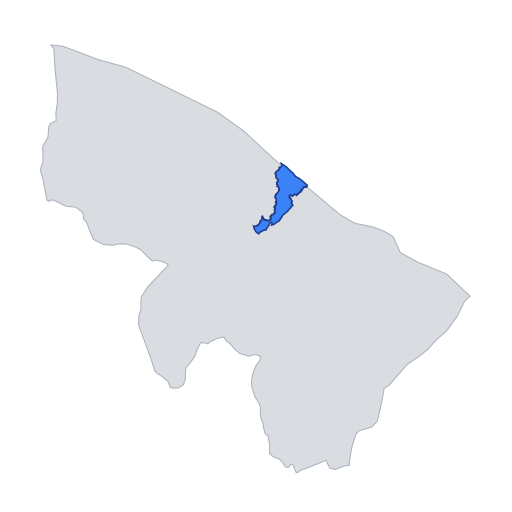 location of District #4, Grand Bassa, Liberia, rotated 178°
{"feature_id": "62588387B61310853787803", "entity_name": "District #4", "entity_type": "district", "adm_level": 2, "iso_a3": "LBR", "parent_name": "Liberia", "parent_adm1": "Grand Bassa", "projection": "mercator", "projection_center": [-9.694, 5.903], "detail": "fine", "context": "in_parent", "style": "filled", "palette": "blue", "viewbox_px": 512, "rotation_deg": 178, "n_neighbors": 0, "source": "geoboundaries", "source_scale": "gbopen_adm2", "svg_char_len": 7392}
<svg xmlns="http://www.w3.org/2000/svg" viewBox="0 0 512 512"><g transform="rotate(178 256 256)"><path d="M43.5,208.3L49.0,203.7L57.0,188.7L68.3,174.3L78.8,165.8L87.2,157.0L96.0,150.3L108.6,142.4L128.0,121.7L132.5,119.4L135.6,105.0L140.4,86.8L146.0,81.1L159.2,77.7L162.3,74.6L166.9,61.7L169.9,46.7L170.2,43.5L175.4,43.1L184.2,39.9L189.4,41.3L191.6,45.6L192.8,49.3L219.7,39.9L222.0,38.0L223.5,38.3L226.8,46.8L228.8,46.2L230.4,43.8L232.2,43.6L234.3,44.7L236.4,48.6L239.8,52.2L245.6,54.6L249.3,58.0L248.9,67.0L250.3,75.8L252.9,77.8L254.2,83.0L254.9,88.8L256.3,91.8L257.3,97.6L256.8,103.8L257.8,108.1L262.1,115.7L264.7,125.2L264.8,131.9L263.2,138.9L260.4,145.4L255.4,152.4L255.0,155.2L257.9,157.0L262.4,157.4L266.2,156.0L275.7,159.2L280.7,163.8L285.1,169.5L289.0,172.4L290.8,176.1L297.5,175.1L305.4,171.6L307.0,169.9L309.3,170.8L314.4,171.2L317.9,164.9L320.7,157.7L326.8,149.9L329.8,146.9L330.6,141.9L330.9,135.4L333.1,129.8L338.1,126.8L343.6,126.8L346.5,127.9L348.0,133.4L352.4,137.5L356.1,140.3L358.1,141.5L361.2,144.7L364.1,155.6L375.7,190.9L375.1,200.6L372.8,206.9L372.8,213.1L372.0,219.3L364.9,229.3L344.0,249.9L345.6,251.7L350.6,254.0L355.7,255.2L359.9,254.6L365.1,259.7L370.7,266.2L376.7,269.5L385.3,272.5L392.9,272.8L399.3,271.7L408.3,272.9L417.9,278.3L421.4,287.1L423.7,294.8L427.0,298.7L427.5,305.3L434.3,311.1L444.1,312.3L456.7,319.1L459.9,318.8L461.3,317.9L462.9,319.2L466.0,339.0L468.5,349.4L467.2,353.7L465.5,357.0L465.4,372.9L459.7,382.1L458.7,392.1L457.1,395.4L451.0,398.3L451.0,406.0L449.3,415.3L448.7,425.2L450.4,451.1L450.7,470.4L453.5,474.0L441.6,472.4L406.6,457.7L379.6,449.2L289.3,401.0L264.2,381.6L235.2,352.8L170.9,294.6L156.2,285.3L137.7,280.8L126.3,275.8L118.2,270.4L111.6,254.3L95.5,244.7L65.8,231.1L43.5,208.3Z" fill="#d9dde1" stroke="#a8b0b8" stroke-width="1"/><path d="M221.5,301.3L219.6,302.9L219.8,303.1L219.8,303.5L219.5,303.8L218.8,304.2L217.8,304.8L217.5,305.1L217.4,305.4L217.4,305.6L217.9,306.4L218.2,307.3L218.5,307.2L218.9,307.3L218.9,307.6L218.6,308.4L218.6,308.6L218.5,309.0L218.0,309.1L217.8,309.5L219.0,311.0L218.9,311.7L218.9,312.0L219.1,312.2L219.3,312.4L219.5,312.4L219.9,312.2L220.0,312.3L220.0,312.7L220.0,312.9L220.6,313.0L220.8,313.2L220.7,313.6L220.3,313.8L220.2,314.2L220.3,314.4L220.6,314.8L220.6,315.3L220.3,315.6L219.2,315.9L218.9,315.5L218.9,315.1L218.7,314.9L218.2,315.0L217.3,314.7L217.2,314.5L216.7,314.9L216.7,315.3L215.9,315.8L215.7,315.9L215.4,316.2L215.1,316.4L214.8,316.0L214.0,316.0L213.8,316.1L213.6,315.9L213.5,315.2L213.0,315.6L212.9,315.5L212.7,315.6L212.1,316.1L212.0,316.4L211.2,316.8L210.8,317.1L210.8,317.4L211.0,317.5L211.3,317.5L211.0,317.8L210.8,318.0L210.5,318.2L210.1,318.1L209.8,318.3L209.6,318.4L209.1,318.3L208.8,318.7L209.1,319.2L209.0,319.4L208.8,319.5L208.6,319.5L208.6,320.4L207.9,320.0L207.6,320.0L207.6,320.5L207.4,321.0L207.1,321.2L207.1,321.4L207.1,321.5L206.6,321.8L206.6,322.1L206.6,322.3L206.4,322.2L206.2,322.3L206.0,322.9L205.8,322.8L205.6,322.8L205.5,323.1L205.4,323.3L205.1,323.0L204.9,323.1L205.0,323.3L204.9,323.4L204.5,323.5L204.3,323.1L204.1,323.1L204.1,323.3L203.9,323.3L203.8,323.1L203.6,323.0L203.4,323.0L203.5,323.4L203.3,323.6L203.0,323.4L202.6,323.7L202.4,324.1L202.4,324.4L202.5,324.6L202.3,325.0L203.8,326.3L205.7,328.2L206.8,329.3L208.0,330.1L209.3,331.4L210.4,332.2L212.4,333.3L214.0,334.4L214.5,335.4L215.4,336.3L216.3,337.7L217.0,338.4L217.7,338.9L219.3,340.6L220.2,341.4L222.1,343.6L222.9,344.2L224.5,345.5L225.5,346.1L227.6,347.6L227.5,347.0L227.2,346.4L227.1,345.9L227.2,345.5L227.1,344.8L227.1,344.6L227.9,344.2L229.7,343.8L229.6,343.4L229.8,343.2L229.2,342.9L229.2,342.7L229.7,341.7L230.1,341.5L230.4,341.5L231.1,341.1L231.1,340.9L231.3,340.5L232.0,340.4L232.3,340.2L232.7,339.5L233.0,339.4L233.1,338.8L233.5,338.6L233.8,338.6L234.0,337.9L233.9,337.2L233.7,337.1L233.2,337.1L233.1,336.9L233.3,336.3L233.5,336.3L233.5,336.1L233.3,335.5L233.2,335.1L233.3,334.9L233.5,334.4L233.2,333.8L233.2,333.2L232.8,333.1L232.3,332.7L232.3,332.3L232.1,332.2L231.8,332.2L231.3,331.6L231.2,331.4L231.3,331.1L231.2,331.1L231.2,330.7L231.1,330.3L231.5,329.8L232.2,329.3L232.5,329.2L232.7,328.9L232.4,328.8L232.7,328.6L232.8,326.7L232.6,326.4L232.1,326.4L231.8,326.1L231.8,325.7L231.9,325.2L231.8,324.7L232.1,324.6L231.1,324.2L230.7,323.6L230.7,323.0L230.5,322.9L231.1,321.8L230.9,321.6L230.6,321.5L230.6,321.3L230.5,321.2L231.0,321.0L231.1,320.7L231.1,320.4L231.0,320.2L231.2,319.7L231.5,319.5L231.9,319.1L232.3,318.7L232.6,318.2L232.7,317.9L232.7,317.6L232.8,317.4L233.5,317.1L233.6,317.4L233.9,317.3L234.0,317.1L234.2,316.9L234.3,316.7L234.1,315.2L234.4,314.9L234.6,314.9L234.8,315.2L235.2,314.1L234.8,313.6L234.5,313.1L234.2,313.1L233.8,312.7L233.9,311.3L233.8,310.8L233.6,309.6L233.9,308.8L234.0,309.0L234.2,309.5L234.3,309.6L234.6,309.5L234.7,309.2L234.7,308.8L234.3,308.4L234.0,308.0L233.7,307.6L233.9,307.4L233.9,307.1L233.6,307.0L233.7,306.8L233.9,306.7L234.2,306.7L234.5,306.5L234.7,306.1L234.7,305.6L234.8,305.5L234.9,306.0L235.0,306.1L235.3,305.8L235.4,305.4L235.4,305.1L234.9,304.8L234.9,304.7L235.0,304.6L235.4,304.6L235.7,304.7L235.8,304.6L235.8,304.3L235.1,303.8L235.0,303.5L235.0,303.2L235.4,303.0L235.7,303.2L235.5,302.8L235.5,302.5L235.3,302.1L235.3,301.9L235.6,301.9L236.1,301.3L235.8,300.0L235.3,299.2L235.5,298.5L236.2,298.6L236.4,298.0L236.6,298.0L236.8,297.9L236.7,297.7L236.8,297.7L236.9,297.0L237.8,296.8L238.6,296.9L238.6,296.7L238.4,296.4L238.6,296.3L239.2,296.2L239.4,295.9L239.6,295.9L239.7,295.7L239.8,295.2L240.0,295.1L240.3,295.3L240.6,294.9L240.5,294.7L240.2,294.5L239.8,294.5L239.5,294.2L239.5,293.9L240.1,293.7L240.0,293.1L239.9,292.7L239.6,292.4L240.4,291.8L240.8,291.7L241.1,292.0L241.2,291.9L241.4,291.6L241.4,291.4L241.9,291.3L242.1,290.9L242.3,290.7L242.5,290.8L242.7,290.5L242.8,290.6L242.8,290.8L243.3,290.9L243.5,291.1L243.7,291.4L243.9,291.4L244.4,291.8L244.6,291.7L244.8,291.8L244.8,291.6L245.0,291.5L245.2,291.8L245.6,292.0L245.8,292.0L246.2,291.8L246.4,291.8L246.4,292.1L246.7,292.7L246.9,292.5L247.0,292.3L247.2,292.7L247.4,292.9L247.2,292.9L246.9,293.1L247.0,293.5L247.4,293.9L247.4,294.1L247.7,294.6L248.0,294.9L248.1,295.2L248.3,295.4L248.3,295.5L248.5,295.4L248.8,294.7L248.7,294.2L248.9,293.8L248.9,293.2L248.8,292.8L249.1,292.3L249.3,292.0L249.5,291.9L249.6,291.6L249.8,291.5L250.2,291.4L250.4,291.0L250.5,290.9L250.1,290.5L250.1,290.3L250.4,290.1L250.6,289.4L250.8,289.4L251.0,289.5L251.2,289.3L251.1,289.1L251.6,288.1L251.9,288.0L252.2,287.5L252.8,287.1L253.1,286.3L253.3,286.4L253.5,286.3L253.7,286.6L253.8,286.6L254.2,286.3L254.6,286.2L254.8,285.9L255.0,286.0L255.5,285.8L255.8,285.8L256.1,285.9L256.5,285.8L257.2,285.6L257.3,285.7L257.0,283.8L256.4,282.5L255.2,280.3L254.6,279.6L253.6,278.7L252.8,278.2L252.3,278.1L251.6,279.2L251.1,279.8L250.5,280.1L249.8,280.2L249.4,280.2L249.0,280.7L247.1,281.6L246.8,281.5L245.7,281.8L245.3,281.6L245.1,281.8L244.0,283.6L243.6,283.9L243.4,284.5L242.7,285.4L242.2,285.9L241.8,286.6L241.7,287.1L241.4,287.5L241.4,287.9L241.2,288.0L240.9,288.1L240.7,288.7L240.3,289.0L240.2,289.3L239.3,289.2L239.0,288.6L238.7,288.3L238.7,287.8L239.3,286.9L239.4,286.5L239.4,286.3L238.4,286.6L237.5,286.8L236.7,287.1L236.1,287.5L234.7,288.6L233.1,289.5L232.4,289.8L231.5,290.4L231.2,290.9L230.6,291.5L230.2,292.7L229.8,293.2L229.5,293.3L229.4,293.2L229.3,293.4L228.4,294.7L228.0,295.7L225.8,297.2L224.6,298.4L223.2,299.2L222.6,299.7L222.1,300.6L221.5,301.3Z" fill="#3b82f6" stroke="#1e3a8a" stroke-width="1.5"/></g></svg>